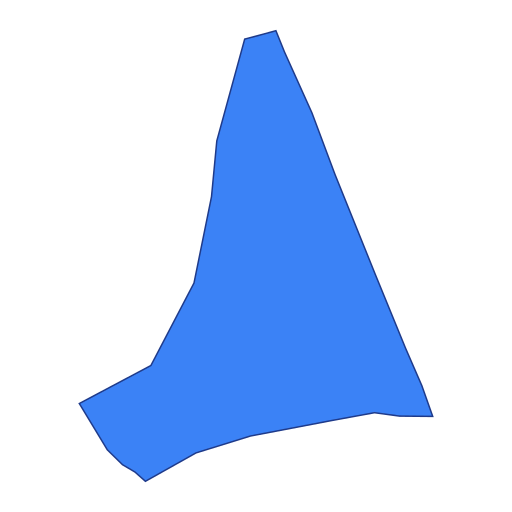 outline of Santiago Tepetlapa, Oaxaca, Mexico
{"feature_id": "50627088B27053474017051", "entity_name": "Santiago Tepetlapa", "entity_type": "district", "adm_level": 2, "iso_a3": "MEX", "parent_name": "Mexico", "parent_adm1": "Oaxaca", "projection": "robinson", "projection_center": [-97.399, 17.797], "detail": "fine", "context": "isolated", "style": "filled", "palette": "blue", "viewbox_px": 512, "rotation_deg": 0, "n_neighbors": 0, "source": "geoboundaries", "source_scale": "gbopen_adm2", "svg_char_len": 427}
<svg xmlns="http://www.w3.org/2000/svg" viewBox="0 0 512 512"><path d="M134.9,472.0L145.4,481.3L196.0,452.9L250.5,436.0L330.8,420.7L374.5,412.7L399.5,416.1L432.7,416.4L421.9,385.8L405.5,348.1L375.2,274.2L334.9,174.2L312.0,113.0L284.5,52.0L275.9,30.7L259.4,35.2L244.7,39.1L216.8,140.9L211.5,196.7L194.0,283.0L150.9,365.5L79.3,403.5L107.3,449.8L122.5,464.7L134.9,472.0Z" fill="#3b82f6" stroke="#1e3a8a" stroke-width="1.5"/></svg>